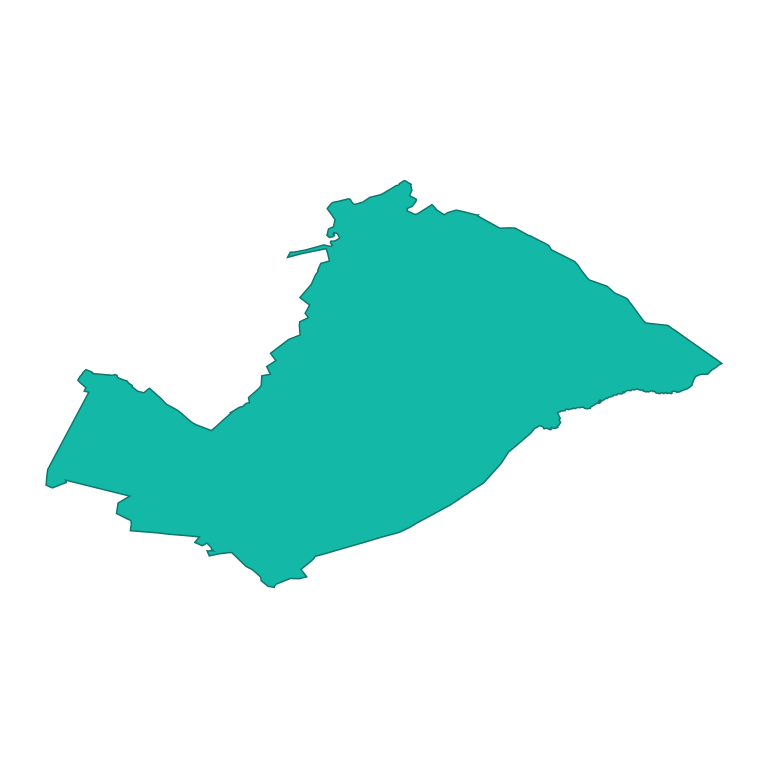 Saunas pag., Preilu, Latvia (Equal Earth projection)
{"feature_id": "27541924B85547198118139", "entity_name": "Saunas pag.", "entity_type": "district", "adm_level": 2, "iso_a3": "LVA", "parent_name": "Latvia", "parent_adm1": "Preilu", "projection": "equal_earth", "projection_center": [26.635, 56.393], "detail": "fine", "context": "isolated", "style": "filled", "palette": "teal", "viewbox_px": 768, "rotation_deg": 0, "n_neighbors": 0, "source": "geoboundaries", "source_scale": "gbopen_adm2", "svg_char_len": 6099}
<svg xmlns="http://www.w3.org/2000/svg" viewBox="0 0 768 768"><path d="M130.4,530.7L157.8,532.9L169.7,534.3L186.0,535.6L199.4,536.9L194.8,542.3L194.9,542.5L202.3,545.7L206.9,543.2L207.2,543.3L211.3,547.7L211.6,549.6L213.4,550.8L207.1,550.9L209.3,555.9L221.1,553.4L221.5,553.6L222.6,553.5L226.9,552.8L231.8,552.6L245.9,566.3L252.5,569.8L259.0,575.5L260.8,577.4L261.1,580.5L261.3,580.8L268.1,586.3L274.3,587.4L274.2,586.5L276.1,584.2L290.2,578.5L299.3,578.7L306.7,576.8L301.0,569.4L312.0,560.4L313.8,558.5L315.3,556.3L325.5,553.6L326.1,553.6L326.2,553.4L333.5,551.2L366.4,541.7L380.9,537.3L399.2,532.4L410.2,527.1L415.3,523.9L450.0,505.1L456.8,500.7L463.4,496.1L467.6,493.6L469.8,491.9L475.3,488.2L483.7,482.9L486.2,480.0L500.5,464.2L502.0,462.1L508.4,452.2L519.1,443.2L530.5,433.4L534.6,428.5L539.9,425.6L542.9,426.9L543.3,427.3L543.6,428.5L543.8,428.7L544.3,428.8L545.8,428.3L547.3,428.4L548.0,428.7L549.1,429.3L550.2,429.6L550.8,429.6L551.2,429.3L550.4,428.8L551.5,427.1L551.7,427.4L553.0,428.3L554.4,428.5L555.1,428.4L557.6,427.5L557.8,427.3L557.2,426.6L557.1,426.4L558.6,425.4L559.3,424.6L560.4,422.8L560.6,422.2L560.1,421.7L559.2,419.8L559.4,419.8L560.0,418.7L560.2,418.0L559.1,416.3L558.6,414.7L557.4,413.0L557.5,412.6L557.7,412.4L560.1,411.8L561.3,410.9L561.9,410.8L562.8,411.0L565.2,410.6L565.4,409.8L566.2,409.2L566.9,409.1L569.0,409.7L570.7,408.8L572.2,408.9L573.2,408.4L573.4,408.1L575.0,408.6L575.7,408.5L576.7,407.7L577.4,407.6L578.2,407.5L579.7,407.8L581.2,407.2L582.1,407.3L582.9,407.1L583.5,407.4L584.4,408.2L586.1,408.7L587.0,408.6L587.9,408.7L589.6,408.4L590.4,408.3L590.4,407.7L591.0,406.8L592.6,406.0L593.0,405.6L594.3,405.0L595.1,404.3L597.4,403.2L599.3,403.2L600.6,402.5L600.7,402.3L600.5,401.9L600.2,401.8L599.3,402.0L598.9,401.8L598.7,401.5L598.6,401.3L599.0,400.7L600.2,400.0L600.5,400.0L600.7,400.5L601.6,401.0L602.0,401.0L603.3,400.0L604.6,399.5L605.4,398.7L607.5,398.2L608.9,397.2L611.4,396.7L612.5,396.1L613.4,395.8L613.8,395.2L614.3,395.0L616.5,395.0L617.2,394.7L617.4,394.4L617.4,393.9L617.6,393.6L618.0,393.5L618.5,393.5L620.0,394.0L621.5,393.9L622.5,393.5L622.8,393.2L622.9,392.9L623.1,391.9L623.5,391.8L624.1,392.6L624.7,392.6L625.5,391.4L626.2,391.0L627.5,390.6L629.0,390.5L630.9,390.7L631.3,390.0L631.8,389.7L632.6,389.6L634.2,390.0L635.5,389.3L636.6,389.0L637.7,389.2L640.1,390.1L641.0,390.1L642.8,390.0L643.0,390.2L643.2,390.9L643.5,391.2L644.4,391.3L645.8,391.9L646.2,391.9L647.4,391.6L648.8,391.9L650.8,390.9L651.5,390.8L652.0,390.9L652.8,391.6L653.9,391.3L654.7,391.4L655.9,392.9L656.2,393.1L657.3,392.9L658.5,393.5L659.9,393.7L660.4,393.5L660.9,392.8L661.6,392.5L662.2,392.6L663.3,393.6L663.8,393.6L665.0,392.7L665.7,392.6L666.0,392.7L666.4,393.2L667.3,393.4L667.7,393.5L668.8,393.0L669.3,393.0L670.4,393.5L671.6,393.6L672.0,393.3L672.0,392.0L672.1,391.7L672.5,391.4L673.1,391.3L675.6,391.4L676.0,391.6L676.7,392.3L677.0,392.3L679.4,391.9L680.1,391.7L681.4,390.9L687.7,388.6L689.0,387.7L691.9,385.3L692.2,384.6L693.4,380.4L695.4,376.8L695.7,376.5L696.2,376.2L700.9,374.3L701.9,374.2L707.7,374.2L709.5,372.4L711.8,370.0L715.5,367.8L718.4,365.3L719.5,364.6L721.9,363.5L714.9,358.4L711.1,355.8L710.8,355.9L710.6,355.5L690.9,341.7L674.7,330.1L671.1,327.8L668.3,325.6L666.8,325.3L650.2,323.5L646.1,323.0L645.3,322.8L642.7,319.8L631.3,304.2L630.0,302.8L627.5,299.1L625.3,297.8L614.6,293.0L607.2,286.3L589.4,280.0L588.6,279.4L586.8,277.3L580.5,269.2L578.2,265.5L574.8,261.6L563.2,255.7L551.5,249.9L548.7,245.5L544.2,242.9L540.0,240.9L530.4,235.9L528.5,235.4L515.0,228.0L510.5,228.0L510.5,227.8L499.8,228.2L477.6,215.9L478.2,215.0L477.6,215.1L472.4,214.0L464.5,211.9L456.2,210.1L447.5,212.7L444.2,214.8L436.8,210.0L433.2,205.8L431.9,204.6L430.1,205.9L417.3,213.9L414.9,214.4L407.1,210.8L407.3,208.5L412.3,206.2L414.1,204.0L416.0,201.3L416.4,199.5L416.2,199.1L409.6,195.6L411.9,190.3L410.8,185.5L410.8,185.0L411.2,184.4L410.1,183.6L409.1,183.2L405.9,181.1L404.2,180.6L399.3,183.7L399.1,184.7L397.7,185.3L396.2,185.6L382.7,193.7L381.0,194.6L369.8,197.4L362.9,202.1L355.3,204.3L354.0,204.2L353.6,204.0L352.9,203.4L350.9,200.7L350.7,199.9L349.8,199.1L348.5,198.8L347.3,199.0L345.4,199.7L344.3,199.8L339.4,201.1L333.0,202.4L332.2,202.8L331.5,203.3L329.9,205.2L327.3,208.4L327.3,208.8L331.8,214.9L333.1,216.9L334.2,218.3L334.5,218.9L335.1,219.5L333.6,226.1L333.3,226.7L333.1,227.0L332.7,227.2L330.4,228.1L328.8,228.9L328.3,229.7L327.0,235.2L327.7,235.2L328.0,236.5L329.3,237.3L330.0,237.4L331.1,237.0L332.9,236.8L334.1,236.0L334.2,235.3L334.4,235.1L334.1,234.9L333.3,234.8L333.1,234.5L334.1,233.8L333.6,233.4L333.6,233.0L334.2,232.9L335.2,233.0L337.0,233.4L337.5,233.7L338.9,236.5L339.5,237.3L339.7,237.9L339.3,238.3L338.5,238.9L335.1,240.8L333.2,241.2L331.4,241.0L330.8,241.3L330.5,241.7L330.4,242.9L331.7,244.5L332.3,244.8L332.5,245.2L330.9,246.3L327.9,245.9L323.7,244.9L320.4,245.9L305.1,250.1L294.3,252.1L290.3,252.2L287.5,257.4L301.4,253.7L326.1,248.7L327.7,253.5L329.4,261.0L320.8,263.4L318.1,269.4L317.8,271.0L318.1,271.2L315.3,275.3L311.5,283.9L311.3,284.7L311.1,284.6L299.9,297.6L309.6,305.1L305.1,313.4L308.5,317.6L299.7,321.8L299.3,325.2L300.1,335.0L288.7,339.4L270.5,353.3L275.8,360.6L266.7,366.6L270.4,374.2L261.8,375.8L261.2,385.8L260.4,386.4L259.6,387.7L256.4,390.7L248.5,397.6L249.4,402.7L246.2,403.3L244.1,405.0L243.5,406.2L239.2,407.4L230.6,412.6L231.4,412.8L222.4,420.8L216.4,426.3L211.8,430.1L211.4,430.6L197.1,425.1L193.9,423.6L191.7,422.2L189.4,420.5L181.3,413.2L177.7,410.4L172.0,407.2L167.4,404.8L166.2,404.0L161.0,398.5L149.4,388.3L148.7,388.7L143.8,392.8L137.4,391.1L132.4,386.9L132.1,385.4L129.8,383.9L129.3,383.9L126.9,380.9L124.0,380.1L119.0,378.2L117.3,376.9L117.1,375.5L115.5,374.7L114.8,374.6L113.9,375.1L110.7,375.3L109.4,374.9L109.4,375.1L92.6,373.5L92.5,372.5L90.6,371.5L87.7,370.3L85.9,369.7L83.3,372.2L82.8,372.8L82.4,373.7L81.2,375.3L80.1,376.3L77.9,380.3L80.1,382.7L85.9,387.6L84.2,391.1L88.8,392.3L47.7,469.5L46.9,475.6L46.1,485.2L52.4,487.9L66.4,482.4L65.4,480.1L129.8,496.1L118.1,503.0L116.5,513.5L127.4,519.0L127.5,518.9L131.0,520.6L131.3,524.4L130.5,529.2L130.4,530.7Z" fill="#14b8a6" stroke="#0f766e" stroke-width="1.5"/></svg>